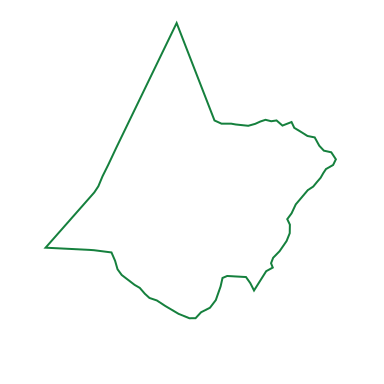 Goianinha, Rio Grande do Norte, Brazil (orthographic projection), rotated 35°
{"feature_id": "56859067B94338823405962", "entity_name": "Goianinha", "entity_type": "district", "adm_level": 2, "iso_a3": "BRA", "parent_name": "Brazil", "parent_adm1": "Rio Grande do Norte", "projection": "orthographic", "projection_center": [-35.19, -6.288], "detail": "fine", "context": "isolated", "style": "outline", "palette": "green", "viewbox_px": 384, "rotation_deg": 35, "n_neighbors": 0, "source": "geoboundaries", "source_scale": "gbopen_adm2", "svg_char_len": 984}
<svg xmlns="http://www.w3.org/2000/svg" viewBox="0 0 384 384"><g transform="rotate(35 192 192)"><path d="M82.5,62.4L104.6,199.3L107.8,217.8L109.7,230.5L112.0,241.0L112.2,248.4L104.0,321.6L141.1,298.3L145.1,295.9L160.7,287.7L168.5,292.5L175.3,298.0L182.0,300.3L198.3,301.0L204.2,300.5L211.8,302.4L217.9,303.2L225.4,301.0L235.4,300.7L251.0,299.5L262.3,296.9L267.3,293.3L268.4,285.3L273.1,276.5L273.5,266.9L269.6,253.0L266.3,244.9L269.0,240.6L285.0,230.7L292.0,233.2L299.3,237.1L298.2,214.3L301.5,207.6L297.6,205.0L296.2,199.3L297.7,190.3L297.6,177.9L295.7,169.7L290.9,162.6L285.6,159.6L285.8,152.4L284.1,142.6L285.8,124.0L288.2,118.0L288.6,112.6L289.2,106.6L288.7,101.0L288.6,96.3L292.1,88.9L291.1,82.7L283.3,79.6L276.3,82.5L269.7,81.1L261.2,76.9L254.4,79.9L246.0,80.3L239.0,80.8L233.4,77.6L228.0,85.7L220.2,84.9L216.3,88.6L210.8,90.7L207.6,95.0L204.7,99.9L200.1,105.5L189.1,111.6L184.8,113.6L177.0,119.1L169.4,120.5L82.5,62.4Z" fill="none" stroke="#15803d" stroke-width="2"/></g></svg>